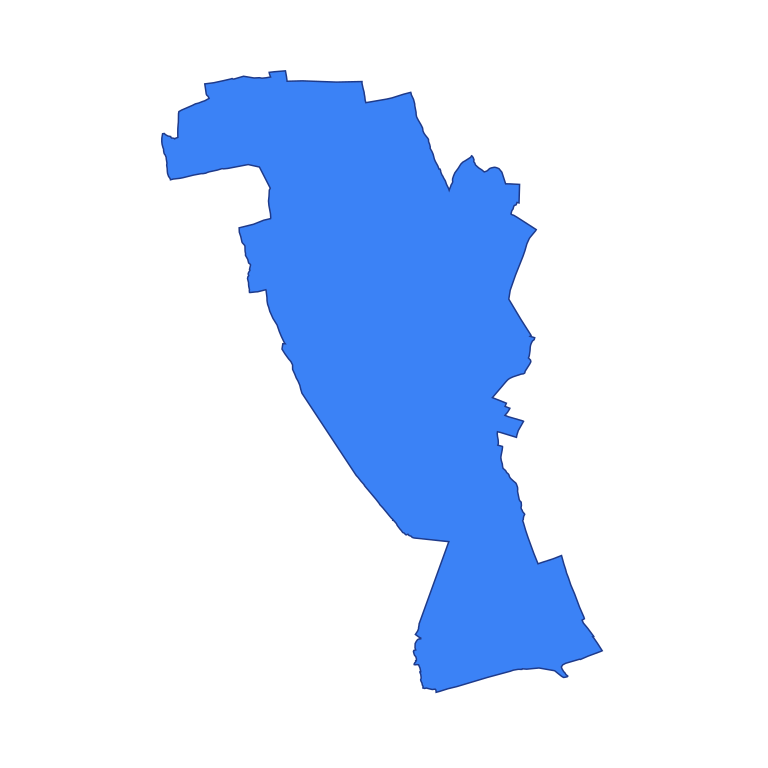 Solesti, Vaslui, Romania, rotated 191°
{"feature_id": "2599482B14741458296938", "entity_name": "Solesti", "entity_type": "district", "adm_level": 2, "iso_a3": "ROU", "parent_name": "Romania", "parent_adm1": "Vaslui", "projection": "orthographic", "projection_center": [27.814, 46.772], "detail": "fine", "context": "isolated", "style": "filled", "palette": "blue", "viewbox_px": 768, "rotation_deg": 191, "n_neighbors": 0, "source": "geoboundaries", "source_scale": "gbopen_adm2", "svg_char_len": 6153}
<svg xmlns="http://www.w3.org/2000/svg" viewBox="0 0 768 768"><g transform="rotate(191 384 384)"><path d="M540.5,672.6L551.2,669.6L556.2,668.0L555.6,666.5L553.9,663.7L558.5,662.0L562.2,660.9L564.7,660.9L569.9,659.6L580.6,659.3L589.7,654.6L590.7,654.6L591.4,654.9L592.6,654.2L599.8,651.0L608.7,647.2L617.2,644.4L613.8,634.7L613.2,633.8L611.5,632.7L610.2,631.0L614.0,627.8L616.0,626.7L619.6,624.4L622.6,623.0L625.3,620.9L634.8,614.4L637.3,612.3L637.3,610.2L635.8,601.7L635.6,599.5L635.1,595.4L634.4,591.4L633.4,586.7L635.8,585.3L636.1,584.8L636.3,585.0L638.3,585.1L639.4,584.9L640.4,585.6L640.6,586.2L643.5,586.2L646.1,587.1L647.5,588.0L649.1,587.4L649.0,583.0L648.4,579.6L647.6,577.0L645.9,573.5L645.5,573.1L645.2,572.5L644.8,570.7L643.9,568.5L643.3,567.7L642.6,567.2L641.2,565.1L641.0,564.6L640.7,563.4L639.2,559.4L639.1,557.4L638.0,554.3L637.2,551.1L636.6,549.3L635.1,546.7L633.5,545.2L632.9,544.5L632.6,543.7L629.9,545.0L623.8,546.9L620.8,548.1L610.9,552.7L603.6,555.6L601.7,556.0L599.1,557.0L597.9,557.9L596.1,558.9L588.4,562.2L584.1,564.5L582.5,564.6L578.5,565.8L559.2,573.5L547.7,573.2L533.0,554.5L533.6,552.5L532.7,546.4L532.3,541.6L531.0,537.2L527.9,529.4L526.9,525.5L526.9,524.7L533.4,521.8L542.6,515.9L556.0,509.7L555.0,505.4L552.7,501.3L550.5,496.2L549.9,495.5L547.5,493.7L546.8,492.8L545.8,488.3L545.4,487.0L544.9,486.0L544.5,483.8L541.5,480.3L540.0,477.0L538.0,475.9L537.7,475.4L537.9,470.8L537.4,470.4L537.3,469.9L537.9,468.5L538.4,466.7L538.2,465.8L537.5,464.7L537.6,464.0L537.9,463.7L538.1,463.1L538.1,461.5L536.3,457.6L535.9,455.7L535.4,454.0L534.1,451.0L534.0,449.8L533.5,448.2L532.7,448.3L527.3,450.0L525.6,450.4L518.0,454.0L517.6,453.3L515.4,446.6L514.7,443.4L513.4,439.9L511.7,437.1L510.0,433.6L505.5,427.2L500.2,421.5L496.7,415.4L493.7,410.9L489.6,405.4L488.7,404.7L491.0,404.2L490.8,398.8L487.1,394.8L482.4,390.4L479.7,388.3L477.4,385.3L476.5,380.9L473.5,376.7L471.3,373.2L469.0,370.5L466.4,366.7L464.8,363.1L462.8,359.3L393.8,288.9L391.7,287.4L388.3,284.4L384.5,281.5L383.9,281.0L383.9,280.6L369.9,269.3L365.9,265.8L365.1,264.8L361.5,262.2L353.5,255.6L351.1,253.7L349.3,252.6L349.4,251.9L348.4,251.8L345.9,249.9L345.0,249.1L344.2,247.9L343.7,247.4L340.6,244.6L339.1,243.5L337.3,241.8L336.0,241.6L333.9,240.2L333.3,240.2L331.8,241.1L330.6,240.1L328.1,239.7L327.1,238.8L325.1,238.6L290.3,241.6L303.8,155.1L303.6,154.2L303.6,151.6L303.4,150.5L303.8,148.0L305.4,144.1L300.7,141.9L299.5,141.7L299.3,140.9L301.6,140.1L302.4,139.2L303.2,137.5L303.9,135.2L303.2,130.9L302.2,129.1L302.7,129.0L303.1,128.3L303.8,128.2L304.1,127.3L303.9,126.6L302.8,124.4L302.3,123.6L300.7,122.3L299.7,120.3L299.5,118.7L300.1,118.4L299.9,118.0L299.9,117.5L300.6,116.2L301.0,114.8L300.8,114.3L299.8,114.3L298.3,114.8L296.5,115.0L294.4,111.9L293.0,108.5L293.1,108.1L293.8,108.1L293.7,107.8L292.5,105.9L291.6,103.2L291.4,102.2L291.6,100.6L290.8,99.1L289.9,98.0L289.2,96.6L289.1,96.0L288.0,94.7L287.8,93.1L287.5,93.2L286.9,93.1L286.8,92.9L285.9,92.9L284.6,93.6L278.4,93.3L275.6,94.2L274.9,93.8L274.4,92.8L274.0,91.3L270.9,92.8L263.0,97.1L254.7,100.9L226.5,115.7L205.3,126.1L202.4,127.8L197.9,129.5L194.1,130.2L193.9,130.8L189.5,131.3L177.7,134.8L161.8,135.1L154.0,131.0L151.8,130.2L150.5,130.6L148.4,131.5L147.9,132.0L147.9,132.4L150.0,133.5L151.2,134.9L152.8,136.0L155.0,138.5L155.9,140.1L155.0,142.4L152.4,144.5L139.6,151.1L138.6,151.1L131.6,155.9L120.3,162.8L118.9,163.8L125.1,170.3L130.0,175.1L130.9,175.7L130.0,176.3L137.2,182.9L142.7,187.4L144.5,190.0L142.5,191.8L143.4,193.5L149.3,202.0L156.7,214.1L162.3,222.4L166.0,229.0L168.8,233.4L170.2,236.4L173.1,241.6L177.0,249.5L184.9,244.5L194.7,239.1L198.5,236.9L204.6,246.3L213.2,260.6L217.0,267.3L220.8,274.7L221.8,276.2L221.4,277.6L221.6,278.9L221.6,280.7L221.3,282.0L221.0,282.7L221.2,283.2L223.7,285.3L224.2,286.4L225.1,287.2L225.5,287.8L225.9,288.8L225.9,291.0L226.8,294.2L228.3,295.2L229.2,296.3L232.4,304.0L232.7,306.3L233.2,308.1L235.0,311.1L235.8,312.0L238.2,313.3L241.4,315.3L242.5,316.2L243.1,316.9L244.1,318.7L244.8,319.4L246.7,320.5L248.1,322.2L251.0,323.9L251.8,325.5L252.6,328.1L254.4,331.5L254.9,333.1L255.2,333.5L255.4,335.6L255.4,341.7L255.6,344.8L255.8,345.3L260.6,345.7L260.4,347.0L260.5,347.9L261.3,351.0L262.5,354.0L263.4,356.9L263.5,358.8L260.8,358.7L243.8,356.9L243.8,359.3L243.3,363.9L239.9,374.0L240.4,374.2L255.6,375.6L259.3,376.3L257.4,379.7L256.1,383.0L255.8,384.2L260.9,385.1L260.2,388.5L275.0,391.3L264.9,409.2L263.7,411.2L262.8,412.4L261.3,413.8L258.8,415.6L251.4,419.8L249.1,420.6L248.0,421.6L247.9,421.9L247.9,423.4L244.8,431.3L244.1,433.8L244.4,434.7L244.8,435.5L247.2,437.1L246.9,438.5L246.8,439.8L247.0,444.4L247.5,448.2L247.5,450.2L247.2,452.0L246.5,454.5L245.1,456.1L245.0,456.5L244.9,458.2L249.8,458.7L248.9,459.8L261.9,473.5L277.7,491.1L278.0,500.1L275.7,515.9L271.9,536.1L271.1,541.7L270.5,548.8L269.3,553.9L268.8,555.4L264.4,563.4L264.0,564.6L285.0,573.0L288.9,574.4L290.4,574.5L291.8,575.2L291.6,578.4L291.0,579.9L290.7,580.4L290.6,582.5L290.2,584.1L288.5,585.1L288.1,587.6L286.0,587.5L289.0,605.8L299.0,604.4L302.8,603.7L308.7,614.4L312.2,617.3L314.0,617.7L315.7,617.9L317.1,617.8L320.1,616.5L321.5,615.6L322.9,613.6L323.8,612.6L326.1,611.3L328.7,612.8L332.0,614.1L333.6,615.0L336.0,616.5L337.0,618.2L338.1,619.2L338.4,619.7L338.4,621.2L339.6,623.2L340.9,624.5L341.6,624.7L342.0,623.5L342.4,622.9L346.8,618.7L349.0,616.8L350.5,614.6L352.4,609.7L354.7,604.9L355.4,601.8L355.8,598.6L355.6,597.0L355.1,595.6L355.4,594.0L356.1,592.2L356.3,590.4L356.7,588.6L357.0,586.6L358.1,588.5L360.7,591.9L362.6,595.2L364.6,597.4L366.0,599.3L367.1,600.4L368.7,602.9L369.2,604.4L370.1,605.7L371.0,605.5L372.9,608.5L376.0,612.2L377.5,614.4L379.6,618.9L381.3,621.4L383.7,624.2L383.8,625.5L384.9,627.9L386.5,630.5L387.0,632.5L387.7,633.4L391.1,636.3L392.6,637.8L394.0,639.8L395.0,642.7L396.8,645.1L401.0,649.9L403.0,652.5L403.9,654.8L404.4,656.9L406.9,663.1L407.3,664.8L409.3,669.0L412.4,673.2L412.9,674.5L413.4,675.4L420.1,672.2L430.7,666.4L435.7,664.2L455.5,656.7L456.6,658.9L457.7,662.4L458.8,665.2L459.2,666.6L461.0,670.3L462.8,674.5L463.1,675.5L463.3,676.7L488.2,671.3L522.0,666.0L536.9,662.7L538.4,667.2L540.5,672.6Z" fill="#3b82f6" stroke="#1e3a8a" stroke-width="1.5"/></g></svg>